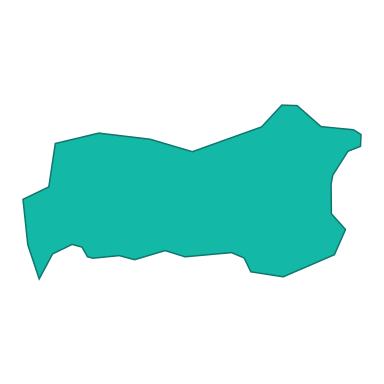 an SVG outline of Wakefield
{"feature_id": "GBR-5675", "entity_name": "Wakefield", "entity_type": "Metropolitan Borough", "adm_level": 1, "iso_a3": "GBR", "parent_name": "United Kingdom", "parent_adm1": "", "projection": "natural_earth1", "projection_center": [-1.408, 53.656], "detail": "fine", "context": "isolated", "style": "filled", "palette": "teal", "viewbox_px": 384, "rotation_deg": 0, "n_neighbors": 0, "source": "natural_earth", "source_scale": "10m", "svg_char_len": 540}
<svg xmlns="http://www.w3.org/2000/svg" viewBox="0 0 384 384"><path d="M39.2,278.9L27.8,244.8L23.0,199.3L48.8,186.9L55.3,143.5L98.8,133.1L150.4,139.3L192.3,151.7L261.6,126.9L281.8,105.1L297.1,105.6L321.0,126.6L353.6,129.8L361.0,134.5L360.5,146.3L347.9,151.3L332.8,175.1L331.1,184.3L331.4,213.8L345.5,229.5L334.4,254.7L283.2,276.8L250.8,271.8L244.2,258.0L231.5,252.6L185.1,256.8L165.1,250.6L134.6,259.7L119.2,255.6L93.0,258.2L87.5,256.8L82.0,247.1L72.1,244.4L52.6,253.9L39.2,278.9Z" fill="#14b8a6" stroke="#0f766e" stroke-width="1.5"/></svg>